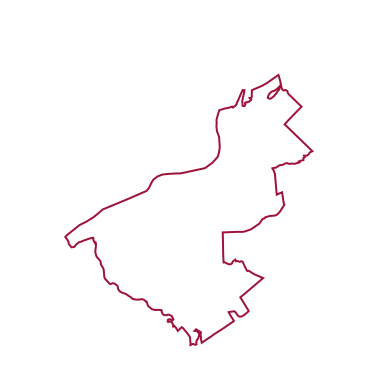 outline of Seimeni, Constanta, Romania, rotated 23°
{"feature_id": "2599482B22406504388694", "entity_name": "Seimeni", "entity_type": "district", "adm_level": 2, "iso_a3": "ROU", "parent_name": "Romania", "parent_adm1": "Constanta", "projection": "orthographic", "projection_center": [28.127, 44.413], "detail": "fine", "context": "isolated", "style": "outline", "palette": "rose", "viewbox_px": 384, "rotation_deg": 23, "n_neighbors": 0, "source": "geoboundaries", "source_scale": "gbopen_adm2", "svg_char_len": 5941}
<svg xmlns="http://www.w3.org/2000/svg" viewBox="0 0 384 384"><g transform="rotate(23 192 192)"><path d="M92.9,282.8L97.7,285.9L98.7,287.8L102.7,290.0L105.1,288.5L105.3,288.0L105.9,285.6L106.2,284.9L107.8,282.2L109.1,281.3L111.8,278.5L117.0,273.9L118.8,272.7L119.4,273.2L119.4,273.5L119.5,274.1L120.9,275.7L121.0,275.6L121.4,275.7L122.0,275.8L122.2,276.0L122.9,276.9L123.3,276.4L123.5,276.6L123.3,277.0L123.5,277.0L123.6,277.3L123.7,277.6L124.1,277.9L124.8,279.7L125.6,282.5L126.0,283.9L126.4,284.9L126.7,285.4L127.0,285.9L129.1,288.4L129.5,288.8L129.8,289.0L134.3,291.1L134.6,291.3L134.9,291.6L135.2,291.9L136.1,293.7L136.3,294.0L136.6,294.3L136.9,294.6L139.7,296.6L140.4,297.2L140.9,297.7L141.2,298.3L144.2,303.9L144.7,304.8L146.6,306.3L146.9,306.3L148.1,306.8L148.8,307.2L149.3,307.4L152.0,308.7L152.8,308.6L153.2,308.4L153.5,308.1L154.5,307.1L154.7,306.9L155.0,306.8L156.3,306.6L156.8,306.6L160.1,307.5L162.0,310.2L163.3,311.2L164.8,311.8L167.6,312.0L170.8,311.7L173.8,312.3L176.5,312.7L179.5,313.7L180.5,313.3L182.1,313.0L183.6,312.5L184.2,312.2L185.1,311.7L185.9,311.4L186.6,311.0L187.2,310.6L188.0,310.1L188.5,310.1L189.2,310.0L189.5,310.0L189.9,310.1L191.0,310.4L191.9,310.6L192.2,310.8L193.0,310.6L193.2,310.9L193.6,311.5L194.0,311.7L194.2,312.0L194.4,312.2L195.0,313.0L195.6,313.6L196.0,313.8L196.3,314.0L196.6,314.3L197.1,314.4L200.6,315.4L201.5,315.4L202.9,315.3L203.8,315.0L204.0,314.8L204.3,314.9L204.6,314.9L205.6,314.4L206.9,313.7L208.0,313.3L208.7,313.1L209.2,313.1L209.3,313.0L209.5,312.8L209.9,312.6L210.2,312.7L210.5,313.3L211.2,314.5L212.2,315.4L213.1,315.9L213.9,316.1L214.8,316.2L215.7,315.8L216.6,315.4L217.1,315.0L217.5,314.5L218.0,314.1L218.5,314.0L220.6,314.0L221.7,314.1L222.1,314.4L223.2,315.3L223.6,315.5L224.7,316.7L224.1,317.8L221.6,317.6L220.6,318.1L219.8,318.9L219.7,319.1L220.0,319.8L220.1,320.3L220.2,320.6L220.3,320.6L220.8,320.9L221.0,320.6L220.9,320.4L221.0,320.0L221.5,320.0L222.0,320.1L223.0,319.8L223.9,319.7L224.3,319.8L227.1,322.1L227.2,322.4L227.0,323.0L227.2,323.3L227.4,323.2L228.2,322.2L230.2,323.2L231.5,324.1L233.2,325.4L235.3,320.5L236.3,320.7L237.2,320.9L237.5,321.1L239.5,322.2L240.7,322.7L241.7,323.2L244.3,324.7L246.0,325.8L246.5,326.2L246.9,326.6L247.1,326.8L247.2,327.0L248.1,328.8L249.4,331.1L249.9,332.4L250.4,333.5L251.6,332.0L251.9,331.8L252.4,331.5L252.8,331.4L253.6,331.4L254.2,331.4L254.6,331.4L255.0,331.1L255.4,330.8L255.7,330.5L255.4,330.1L255.3,329.8L254.9,329.2L254.4,327.4L254.3,326.9L254.3,326.6L254.3,326.2L254.5,325.8L254.7,325.5L254.8,324.1L254.7,322.3L254.5,320.9L254.3,320.1L254.2,320.0L253.9,319.7L253.6,319.5L252.9,319.0L252.4,318.8L252.0,318.6L251.3,318.3L250.9,318.0L250.7,318.0L249.6,318.5L249.1,318.7L248.6,318.8L249.4,316.8L249.7,316.9L255.0,317.6L255.4,319.0L255.9,320.5L256.0,321.3L256.3,321.6L257.1,322.0L257.3,323.2L259.9,327.0L263.7,321.0L265.5,318.4L267.0,315.9L267.7,314.8L267.9,314.3L273.3,306.5L281.0,294.5L281.0,294.4L277.7,292.0L276.1,291.0L272.7,288.3L273.9,287.4L274.0,287.4L277.1,285.5L277.7,285.3L278.4,285.4L279.1,285.7L282.0,287.6L282.8,288.0L283.7,288.2L284.6,288.1L285.5,287.7L286.7,286.7L288.3,284.5L289.7,281.7L290.6,279.8L290.7,279.3L288.7,277.9L277.6,270.0L279.2,267.2L291.1,243.4L284.0,243.4L281.6,243.4L280.1,243.2L275.6,242.4L275.0,242.4L274.9,242.4L274.6,242.5L274.0,243.1L273.9,243.1L273.1,242.8L269.2,239.5L266.1,236.6L265.3,236.4L264.7,236.4L264.2,236.6L263.7,237.2L263.2,237.6L262.7,237.7L262.1,237.7L260.7,237.9L260.1,238.0L259.6,238.5L258.3,237.3L256.9,239.7L256.7,240.2L256.7,241.9L256.3,242.8L255.9,243.3L255.1,243.8L254.0,244.1L253.1,244.2L250.9,244.0L249.7,244.0L249.2,244.1L248.6,244.5L244.8,236.6L239.1,223.8L239.0,223.6L236.1,217.2L248.8,211.2L254.6,208.7L255.5,208.0L256.6,207.2L259.6,204.5L260.3,203.9L260.8,203.3L261.4,202.6L261.8,201.9L264.4,197.8L264.9,197.0L266.0,195.4L266.2,195.0L267.0,191.9L267.4,189.6L267.6,189.2L267.8,189.0L268.7,188.3L268.8,188.1L269.2,187.3L269.4,186.6L269.7,186.3L272.0,184.5L272.4,184.1L272.8,183.7L274.0,183.2L276.4,181.8L276.7,181.7L277.1,181.6L278.3,180.5L279.2,179.5L279.3,179.2L279.7,178.4L280.0,177.4L280.5,176.3L280.6,175.7L282.0,167.6L281.5,167.5L275.0,157.1L271.0,161.3L265.0,150.0L265.0,149.9L261.0,142.5L260.8,142.4L260.4,142.1L258.3,139.8L256.9,139.1L256.7,138.8L260.0,136.5L261.7,133.7L262.5,132.9L264.7,131.6L265.6,130.8L266.3,129.7L267.4,128.7L268.4,128.2L270.3,128.2L272.5,127.0L275.5,125.9L279.4,122.8L278.4,122.1L279.8,120.8L282.1,119.1L281.3,117.1L281.8,116.6L282.2,116.0L280.9,114.8L282.6,114.1L283.7,113.5L284.3,112.5L284.7,111.5L284.8,110.2L285.3,109.2L286.9,107.4L250.8,93.5L252.4,89.2L252.6,88.4L254.2,84.3L257.7,75.2L257.9,74.8L259.5,70.7L242.6,64.1L241.2,63.1L241.0,62.9L240.9,62.5L240.2,61.8L239.4,61.6L238.7,61.5L238.0,61.7L237.1,62.6L236.5,62.7L235.2,62.4L234.0,61.3L232.9,60.0L231.7,62.2L232.3,63.2L231.6,65.4L231.2,67.0L231.2,68.2L230.4,69.8L230.3,70.9L229.6,72.5L228.3,74.9L227.2,75.8L225.1,75.8L224.8,75.5L224.7,74.1L224.7,71.7L225.4,69.8L226.5,68.1L227.9,67.0L229.5,64.8L230.6,62.6L232.1,58.5L231.0,57.3L231.1,57.1L227.5,52.4L226.8,51.5L225.8,50.5L218.3,62.6L214.8,67.1L207.4,74.8L209.0,79.1L209.8,81.0L209.9,81.4L209.4,82.3L208.3,83.0L208.6,83.2L210.1,83.0L210.5,83.9L209.2,86.7L208.4,87.0L207.6,88.1L207.2,88.1L206.7,88.3L206.2,88.7L206.0,89.1L206.2,89.6L206.6,90.1L207.0,90.8L206.7,92.4L206.5,92.5L205.2,92.8L204.9,92.9L204.8,92.7L203.7,90.5L202.9,89.2L202.5,87.7L201.9,84.3L200.9,79.2L200.5,77.8L198.8,78.4L198.7,80.7L198.6,89.4L198.5,92.9L198.7,93.3L198.6,94.6L198.4,94.8L197.8,96.3L196.7,98.2L195.6,97.7L192.8,100.2L189.6,102.3L186.1,105.3L185.2,105.9L185.7,111.5L186.4,116.1L187.8,119.0L188.9,122.2L191.2,126.2L195.4,130.7L200.0,139.8L201.5,145.3L201.9,149.7L199.4,157.1L194.6,165.0L174.1,179.4L169.6,181.4L164.1,184.1L158.2,187.3L154.2,191.1L151.6,195.7L151.1,199.0L150.8,205.1L149.8,208.7L136.5,222.7L116.6,243.0L113.8,248.7L111.3,253.5L106.5,260.4L101.4,266.4L94.0,280.1L92.9,282.8Z" fill="none" stroke="#9f1239" stroke-width="2"/></g></svg>